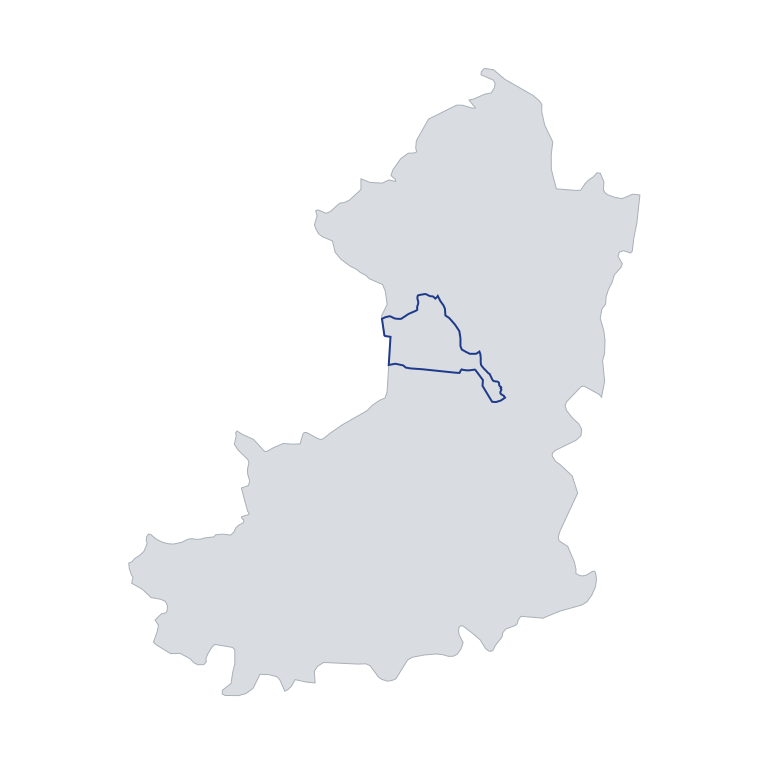 Guinea, with Mamou highlighted, rotated 94°
{"feature_id": "GIN-5653", "entity_name": "Mamou", "entity_type": "Prefecture", "adm_level": 1, "iso_a3": "GIN", "parent_name": "Guinea", "parent_adm1": "", "projection": "mercator", "projection_center": [-11.878, 10.604], "detail": "fine", "context": "in_parent", "style": "outline", "palette": "blue", "viewbox_px": 768, "rotation_deg": 94, "n_neighbors": 0, "source": "natural_earth", "source_scale": "10m", "svg_char_len": 5180}
<svg xmlns="http://www.w3.org/2000/svg" viewBox="0 0 768 768"><g transform="rotate(94 384 384)"><path d="M478.6,514.2L471.9,513.3L468.9,514.5L460.0,525.0L454.6,529.1L446.3,527.8L443.3,528.6L441.1,527.4L444.2,521.6L448.4,510.2L459.4,498.7L459.6,496.3L455.1,489.6L450.4,480.4L450.4,470.5L449.5,463.4L439.8,461.5L438.1,460.3L437.8,457.9L443.3,445.6L443.7,443.1L443.0,440.9L437.1,434.6L427.8,423.0L411.8,399.1L405.9,394.0L400.2,386.7L398.0,382.1L392.1,380.4L336.4,380.7L335.4,387.0L316.2,391.2L304.4,386.4L291.3,389.2L284.9,392.3L279.9,406.3L277.1,409.3L274.3,415.5L271.7,419.0L268.9,425.8L262.6,435.6L256.1,441.9L244.9,445.4L241.4,455.7L238.9,459.5L234.6,462.5L230.0,464.5L220.9,462.5L215.8,464.3L214.9,461.7L217.8,453.6L215.5,449.3L206.7,440.9L205.9,436.8L203.2,431.5L191.7,420.6L180.9,421.3L183.9,412.1L183.8,400.0L180.1,393.3L181.1,386.5L179.1,387.0L175.5,391.6L169.7,390.1L157.9,382.9L152.1,375.9L151.4,369.9L150.1,367.6L146.5,368.8L139.1,368.7L116.7,358.1L100.8,331.3L100.4,325.3L102.7,314.9L102.2,312.1L94.8,319.0L93.4,314.3L87.8,303.6L86.2,297.4L80.9,294.6L76.5,294.1L73.2,296.2L68.8,308.8L65.6,308.7L62.2,306.0L62.9,296.6L71.5,284.9L85.9,255.2L91.1,248.4L94.3,246.0L101.2,245.7L114.5,241.8L130.8,232.5L143.3,233.2L158.1,232.1L177.3,225.7L177.5,205.8L176.9,201.3L170.0,197.3L166.0,193.9L162.6,189.4L158.5,186.3L158.6,183.0L167.1,178.7L175.0,178.7L177.6,177.1L179.5,174.3L181.7,167.0L182.5,159.4L177.3,149.2L177.6,141.9L205.9,143.0L221.4,145.0L234.1,145.6L236.1,147.2L234.3,154.3L236.0,158.4L240.3,159.5L247.4,154.6L251.1,155.7L259.0,161.8L266.4,163.5L274.4,166.8L282.0,168.6L288.7,168.4L293.8,171.8L303.2,172.9L315.4,168.5L324.9,166.6L338.4,166.1L345.4,167.6L365.9,164.1L382.0,166.1L379.5,168.4L372.1,184.4L373.0,187.3L389.3,200.8L393.2,201.8L397.7,200.0L404.7,193.7L410.2,186.9L415.6,183.6L421.8,183.9L426.8,188.6L438.4,208.7L441.4,211.2L444.2,211.2L449.3,207.4L451.8,203.1L462.6,189.8L479.3,183.2L519.0,198.4L524.8,199.5L528.2,198.4L533.2,189.4L548.1,181.8L555.3,179.6L559.4,179.4L560.9,176.9L561.7,173.3L560.9,169.5L556.3,162.7L556.1,160.7L558.8,159.4L564.4,158.4L571.8,159.0L580.1,162.0L586.9,166.2L590.7,171.3L598.2,192.5L606.5,209.1L606.2,231.3L609.9,233.6L614.0,234.5L615.8,236.3L619.9,245.4L623.7,248.1L628.3,248.7L636.9,254.6L642.4,256.9L643.2,258.7L643.0,261.1L640.8,264.2L632.5,270.3L628.4,275.6L620.0,288.1L619.8,290.5L621.5,292.2L625.0,292.5L628.8,291.6L636.5,287.0L642.7,288.6L648.5,292.1L650.7,295.8L651.2,300.5L649.9,306.7L649.7,313.6L651.6,325.3L654.7,337.0L657.8,341.3L677.3,351.6L679.2,355.4L680.2,359.8L678.8,365.7L676.8,369.0L666.0,378.2L664.4,382.5L665.2,390.6L666.0,424.8L670.2,430.6L675.3,433.5L687.0,431.9L686.7,441.4L685.1,452.0L692.0,455.3L695.5,458.5L697.4,461.5L686.5,467.2L683.4,470.5L681.9,479.3L682.3,487.5L696.8,493.4L702.5,500.2L705.0,507.3L705.8,520.8L704.5,523.8L700.8,523.9L693.4,515.7L682.1,514.8L673.7,513.3L659.6,514.3L657.3,516.8L655.6,534.6L659.0,537.6L665.7,541.0L670.1,542.4L673.7,542.0L676.5,544.2L677.1,550.1L675.2,554.4L671.5,558.4L666.9,568.6L667.9,578.1L660.0,593.1L657.7,596.0L647.3,593.1L640.4,592.1L635.5,595.9L628.7,590.0L627.4,585.4L624.9,584.5L620.4,584.4L616.1,587.0L614.3,591.8L613.3,601.4L605.7,610.6L600.3,621.9L594.1,620.9L592.7,622.3L586.1,625.2L580.4,626.1L578.9,623.0L575.5,620.6L571.9,615.7L567.7,611.8L559.6,609.1L556.4,610.3L552.6,610.0L550.1,608.5L550.5,606.1L554.7,600.2L557.1,594.7L558.4,588.8L558.4,583.1L556.2,575.1L552.5,568.7L551.7,565.0L552.1,559.8L551.2,554.9L550.1,552.4L548.4,543.1L546.2,541.4L545.0,534.0L545.4,526.4L542.3,523.6L537.4,521.5L534.5,518.5L532.7,515.2L530.9,514.2L529.4,514.4L528.0,516.5L526.4,516.9L523.6,509.8L522.4,509.5L520.4,511.2L497.7,519.0L494.8,512.3L490.4,511.1L483.0,513.8L478.6,514.2Z" fill="#d9dde1" stroke="#a8b0b8" stroke-width="1"/><path d="M364.7,380.6L336.5,380.8L336.1,386.2L335.5,387.0L319.1,390.6L317.1,386.9L316.1,383.4L316.1,382.6L316.3,381.7L317.6,378.8L317.8,377.8L318.0,376.5L318.0,373.5L317.9,372.2L317.7,371.3L312.4,364.4L308.7,357.3L308.0,356.3L307.7,356.1L307.4,356.0L307.1,356.0L306.2,356.2L305.6,356.3L304.3,356.2L301.9,355.6L301.0,355.5L300.1,355.5L299.2,355.7L296.6,356.6L295.8,356.7L295.0,356.7L294.2,356.6L293.5,356.4L293.1,356.0L292.9,355.5L291.5,349.9L291.4,348.7L291.7,347.7L292.5,346.0L293.1,344.2L293.2,343.2L293.2,341.7L293.3,341.1L293.6,340.7L295.2,338.8L293.7,337.3L292.4,336.5L297.3,333.6L301.5,330.1L304.6,328.5L311.4,327.5L313.5,323.7L319.8,317.3L326.1,312.5L333.2,310.9L340.8,310.4L344.2,308.8L346.1,304.8L347.9,300.5L347.4,294.1L345.0,291.1L347.4,290.0L351.3,289.3L355.1,289.1L358.0,288.6L359.5,287.5L362.0,285.1L362.2,284.7L366.0,280.6L366.5,279.4L372.1,276.2L373.0,275.5L373.5,274.4L373.7,271.3L374.0,270.2L374.7,269.5L375.7,269.2L376.5,269.1L377.1,269.0L377.8,268.6L378.4,268.0L378.7,267.2L379.2,266.8L380.2,267.3L381.3,266.5L382.4,266.8L383.5,267.3L385.0,267.3L386.0,266.5L387.4,263.7L389.2,262.3L392.3,266.2L394.2,271.0L394.2,274.9L388.7,278.8L379.0,285.6L373.2,285.6L365.1,292.5L364.5,293.1L364.0,293.4L363.3,294.4L364.5,300.3L364.6,303.2L364.3,306.8L364.0,307.4L365.0,308.3L367.7,309.5L367.7,314.8L366.6,347.1L366.6,358.6L366.1,363.4L364.1,366.2L363.0,374.1L364.7,380.6Z" fill="none" stroke="#1e3a8a" stroke-width="2"/></g></svg>